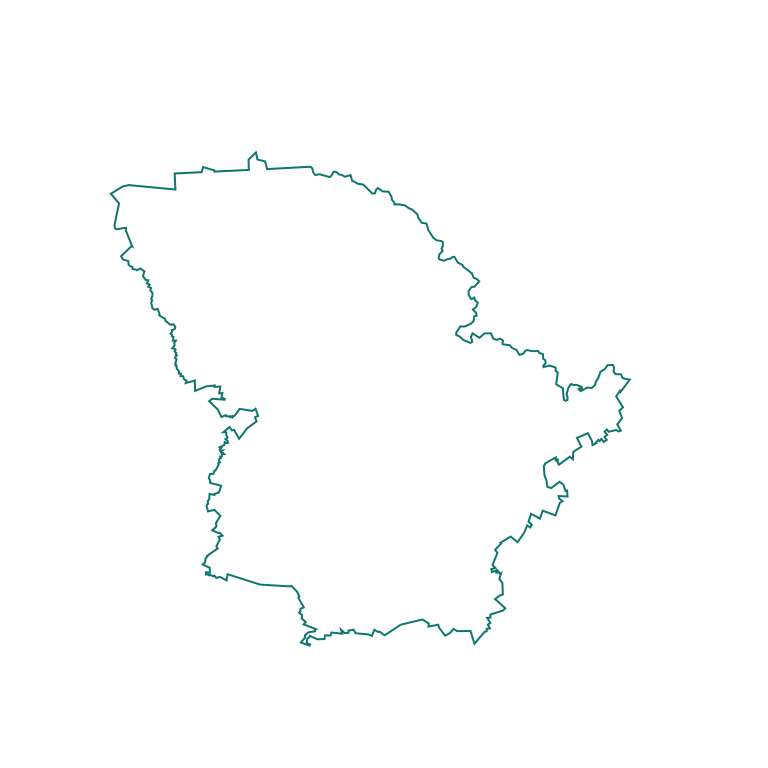 outline of Lejweleputswa, Free State, South Africa, rotated 70°
{"feature_id": "47623444B29116896592790", "entity_name": "Lejweleputswa", "entity_type": "district", "adm_level": 2, "iso_a3": "ZAF", "parent_name": "South Africa", "parent_adm1": "Free State", "projection": "orthographic", "projection_center": [25.98, -28.097], "detail": "fine", "context": "isolated", "style": "outline", "palette": "teal", "viewbox_px": 768, "rotation_deg": 70, "n_neighbors": 0, "source": "geoboundaries", "source_scale": "gbopen_adm2", "svg_char_len": 6165}
<svg xmlns="http://www.w3.org/2000/svg" viewBox="0 0 768 768"><g transform="rotate(70 384 384)"><path d="M320.2,259.4L316.9,261.0L314.9,263.4L310.0,263.6L300.9,269.4L299.0,269.5L295.2,273.1L288.8,274.3L288.1,275.5L289.0,278.8L288.4,281.2L288.7,285.4L285.9,289.3L284.4,289.6L281.1,287.6L278.9,283.3L276.3,283.6L274.6,281.5L270.6,280.3L269.3,281.2L266.8,285.6L263.3,287.7L254.5,289.7L247.8,289.2L245.4,293.4L239.5,294.9L236.1,294.6L230.0,297.7L226.9,300.9L223.7,302.8L220.5,307.9L218.9,312.8L217.3,312.2L213.6,313.5L210.8,312.9L204.9,313.9L202.4,319.7L197.8,322.6L198.6,324.8L201.8,327.4L201.1,329.8L189.5,335.3L186.9,340.1L181.9,344.4L176.3,344.0L175.8,349.9L173.0,352.3L171.7,354.6L168.7,356.1L167.5,357.8L167.4,358.9L170.0,361.7L171.0,364.3L164.8,372.9L164.2,377.0L161.1,378.1L156.9,377.6L154.7,378.8L142.0,420.4L134.2,419.6L129.8,426.1L122.6,425.2L126.8,434.5L136.6,437.8L126.4,470.7L125.3,470.3L118.3,479.8L122.6,482.9L114.6,508.7L129.9,513.5L109.8,555.8L109.0,561.8L111.8,575.6L123.7,571.2L142.3,582.8L145.4,583.6L147.0,582.7L149.0,573.0L151.7,574.1L168.5,573.5L168.0,573.9L174.0,587.3L177.5,586.8L181.1,582.2L184.6,583.2L186.7,582.1L187.7,580.4L190.0,580.8L191.6,577.9L192.7,577.2L192.0,573.6L196.3,570.6L200.1,573.6L204.6,572.4L205.9,570.1L208.3,572.3L210.6,570.3L211.9,572.3L214.1,570.1L216.0,571.5L219.3,570.5L222.5,571.7L224.1,573.6L226.2,573.3L227.7,574.9L233.8,575.7L235.8,574.2L236.0,571.0L241.0,570.9L242.8,571.7L248.0,567.4L249.9,567.7L255.2,564.5L255.9,561.4L258.8,560.5L260.8,561.8L260.9,564.8L262.4,565.1L263.8,567.4L265.3,566.4L266.6,567.1L267.7,565.7L271.1,567.6L272.0,564.7L273.6,567.0L276.2,567.6L277.9,570.7L279.4,568.5L280.7,568.2L281.8,569.6L283.6,568.6L285.8,569.8L286.3,569.0L288.1,571.6L289.9,570.5L293.0,572.9L294.8,572.8L295.0,573.6L296.3,572.8L298.7,573.5L301.7,572.2L303.8,573.2L304.8,571.2L307.0,572.5L308.0,570.2L311.2,570.2L313.4,568.4L315.3,570.0L316.1,560.6L325.9,563.9L325.4,551.7L327.5,543.6L328.7,544.3L330.4,538.7L336.4,542.0L337.3,539.0L341.1,541.3L343.6,538.7L344.3,539.1L339.1,550.4L340.3,554.2L351.1,548.9L359.4,548.0L359.2,543.3L360.4,543.3L361.7,539.7L362.4,539.9L362.3,537.6L363.5,537.8L362.1,534.2L358.0,528.2L364.3,516.8L363.3,513.2L370.9,513.2L371.1,516.6L375.5,516.5L378.8,527.6L385.9,538.9L375.8,540.6L375.5,542.8L371.6,543.9L374.3,551.4L374.9,549.3L376.0,548.9L378.0,549.7L381.0,549.3L381.6,551.8L383.9,550.5L385.9,550.6L386.0,551.8L384.1,553.6L386.7,554.8L387.2,559.8L388.3,558.7L389.2,560.8L390.6,560.6L391.2,558.5L391.8,560.6L393.1,560.4L393.8,558.9L395.2,558.2L394.6,560.1L396.6,561.3L396.2,562.6L397.8,562.7L397.7,564.0L399.7,565.2L401.5,565.0L401.8,567.0L403.4,567.1L407.7,572.0L407.5,573.1L410.1,574.9L409.0,578.3L412.6,580.9L415.0,580.2L417.4,581.3L423.9,571.8L429.4,576.1L429.4,581.1L430.2,581.4L427.6,585.5L432.4,587.6L433.8,589.7L436.4,590.2L436.5,591.4L437.8,592.4L443.5,592.9L444.3,586.4L451.9,582.9L457.3,589.6L460.5,590.1L462.7,595.4L467.2,591.0L467.4,589.4L471.3,587.6L471.0,591.7L474.0,591.4L479.1,597.0L481.7,596.6L485.0,609.1L485.6,608.9L486.7,611.2L490.4,613.1L491.6,616.1L497.1,610.6L501.8,612.2L500.0,615.7L502.1,616.4L502.9,614.5L504.1,613.7L504.0,612.6L506.5,609.8L506.0,609.0L509.0,607.8L509.0,604.4L514.7,599.1L509.3,596.0L530.2,568.9L542.1,541.4L542.1,539.9L549.6,536.7L554.8,536.2L555.4,537.6L566.5,535.8L566.6,538.7L567.2,539.8L569.0,540.2L569.9,542.0L573.1,540.0L576.3,541.5L580.9,539.0L582.4,541.7L591.2,531.7L591.4,533.1L592.8,533.4L591.5,539.9L593.1,544.3L595.3,545.0L598.5,550.5L604.4,543.3L603.4,542.7L601.5,545.0L599.7,544.5L596.9,543.1L596.6,541.2L595.3,539.8L601.1,533.9L603.3,527.2L600.0,525.3L602.1,520.3L599.6,518.3L604.3,508.7L600.3,508.3L604.6,506.2L605.7,502.4L603.6,501.8L604.5,496.5L608.4,496.1L614.1,484.1L616.6,481.5L611.6,477.1L614.9,474.5L615.1,472.9L620.4,469.4L615.9,450.5L618.4,428.5L624.4,423.8L627.2,425.2L628.7,415.4L632.3,415.5L641.4,412.6L640.5,407.0L637.9,402.4L641.3,399.7L645.6,387.2L659.0,387.8L651.3,374.3L651.5,372.1L649.2,371.3L649.9,368.1L645.6,368.7L644.9,365.8L639.0,367.1L639.9,363.9L637.0,362.8L637.6,349.7L636.2,346.7L624.1,353.2L622.5,347.9L622.4,344.3L611.4,340.8L606.6,342.3L601.9,338.7L602.1,339.8L600.8,340.1L599.2,343.9L599.0,340.7L597.5,341.3L597.7,346.8L594.6,346.5L595.0,342.2L591.2,343.9L581.5,335.2L577.8,336.3L573.9,328.5L573.0,328.9L570.7,317.2L578.3,312.6L571.7,303.1L565.9,297.9L568.8,295.6L566.6,293.2L562.8,295.3L556.3,290.2L563.8,283.5L557.3,278.2L566.1,267.8L555.8,259.4L555.2,256.3L551.4,258.6L549.0,258.2L552.5,250.0L546.8,248.4L546.8,250.0L539.9,249.9L535.9,252.5L539.0,262.4L536.6,265.6L529.9,264.3L525.1,264.5L516.2,262.1L513.7,259.5L511.7,247.7L514.3,248.7L514.3,246.6L515.4,246.9L514.8,248.1L519.2,247.0L519.9,248.0L515.9,234.3L519.3,232.2L512.5,229.4L510.4,219.9L500.6,221.1L500.0,209.2L508.7,208.1L512.8,208.9L512.2,204.7L511.5,205.0L509.9,201.7L511.3,200.9L509.9,198.5L513.6,197.4L512.7,193.8L509.1,194.9L508.1,191.6L504.2,193.0L503.0,190.1L505.7,189.2L506.7,181.4L508.8,179.9L508.8,177.4L501.7,178.6L497.5,171.9L489.6,172.0L487.6,167.4L475.1,170.1L471.1,164.6L472.4,164.6L464.0,151.6L460.1,157.8L455.9,158.0L453.9,163.2L451.0,164.1L447.1,162.2L444.4,162.4L442.8,167.3L445.5,171.6L446.4,176.2L451.9,180.9L454.5,184.4L457.0,185.8L458.8,190.1L456.9,194.1L457.9,201.8L455.3,202.8L455.0,201.8L456.2,199.5L454.2,199.3L450.6,203.5L450.0,206.1L448.3,207.6L448.1,208.8L450.8,212.2L456.1,216.0L459.1,216.0L461.9,217.2L461.8,219.2L460.4,220.4L449.1,217.4L443.2,222.3L432.7,216.8L430.5,218.1L427.2,217.2L423.3,222.0L422.7,228.3L421.2,228.0L419.7,224.9L416.8,224.3L414.8,225.8L410.3,224.4L407.9,227.5L405.7,227.9L403.9,233.3L401.0,238.0L401.2,240.1L403.3,242.9L402.9,246.8L397.2,247.9L394.0,251.3L390.7,252.4L387.2,258.9L385.5,258.6L384.5,257.4L383.2,257.6L381.0,259.6L381.2,262.8L378.8,265.8L372.9,266.2L370.9,272.1L373.2,278.5L366.7,283.5L369.4,286.2L374.6,286.6L374.9,288.8L370.0,294.2L365.2,296.7L362.7,299.3L360.5,298.6L356.0,292.6L357.6,288.3L357.0,281.4L355.5,278.4L351.3,276.0L351.6,273.7L348.7,273.1L344.4,275.0L343.0,270.8L339.7,268.1L336.6,269.7L333.7,269.6L334.3,272.6L332.8,273.4L328.9,273.9L325.9,272.9L323.4,269.7L322.9,268.2L323.5,265.7L320.2,259.4Z" fill="none" stroke="#0f766e" stroke-width="2"/></g></svg>